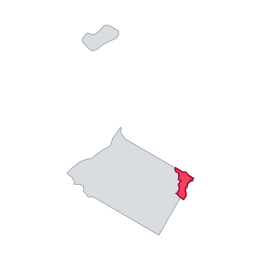 Ebebiyin, Kié-Ntem, Equatorial Guinea (highlighted), rotated 30°
{"feature_id": "11065452B6027875666302", "entity_name": "Ebebiyin", "entity_type": "district", "adm_level": 2, "iso_a3": "GNQ", "parent_name": "Equatorial Guinea", "parent_adm1": "Kié-Ntem", "projection": "albers", "projection_center": [11.284, 1.979], "detail": "fine", "context": "in_parent", "style": "filled", "palette": "rose", "viewbox_px": 256, "rotation_deg": 30, "n_neighbors": 0, "source": "geoboundaries", "source_scale": "gbopen_adm2", "svg_char_len": 3204}
<svg xmlns="http://www.w3.org/2000/svg" viewBox="0 0 256 256"><g transform="rotate(30 128 128)"><path d="M208.0,139.0L208.0,152.2L208.1,163.3L208.2,175.3L208.2,187.8L208.3,198.5L208.3,205.3L196.7,205.3L181.3,205.2L165.8,205.2L150.4,205.1L142.6,205.1L134.1,205.0L131.3,205.4L129.4,207.1L127.2,207.5L124.5,206.0L121.3,205.3L120.5,203.8L118.9,201.0L115.7,200.7L114.1,201.0L111.8,202.6L109.2,203.4L109.7,202.2L104.6,198.7L101.0,198.4L97.6,197.3L100.4,188.4L103.8,180.5L108.9,174.6L111.6,173.1L112.5,170.2L116.6,160.5L121.6,152.6L120.0,144.6L121.3,131.2L122.7,131.5L122.9,132.8L123.3,134.7L125.2,136.4L131.4,138.9L150.0,139.0L161.1,139.0L177.4,139.0L194.8,139.0L208.0,139.0ZM61.0,48.5L62.4,48.7L70.9,48.5L73.2,51.5L72.9,55.9L64.2,68.8L62.5,74.2L59.1,78.8L56.2,79.2L46.1,76.5L44.4,74.8L43.9,72.6L44.9,67.5L45.6,65.9L50.4,65.0L52.0,64.1L54.6,58.6L55.4,53.5L57.6,49.7L61.0,48.5Z" fill="#d9dde1" stroke="#a8b0b8" stroke-width="1"/><path d="M202.7,160.5L203.2,160.6L203.8,160.5L207.7,161.9L209.2,161.9L210.7,161.9L210.6,162.1L212.0,162.1L212.0,161.9L212.0,161.7L212.0,161.3L212.0,161.2L212.0,160.8L212.0,160.6L212.0,160.3L212.1,160.1L212.1,159.9L212.1,159.6L212.1,159.4L212.1,159.1L212.1,158.8L212.1,158.5L212.1,158.2L212.1,157.9L211.9,157.7L211.9,157.4L211.9,157.1L211.8,156.9L211.7,156.8L211.6,156.7L211.3,156.3L211.2,156.2L211.0,155.8L210.8,155.4L210.7,155.2L210.4,154.8L210.2,154.7L209.9,154.5L209.6,154.5L209.4,154.5L209.4,154.3L209.4,154.2L209.3,153.9L209.2,153.8L209.1,153.6L209.1,153.4L209.0,153.1L208.9,152.9L208.7,152.6L208.7,152.3L208.6,152.1L208.5,151.9L208.4,151.7L208.2,151.4L208.0,151.2L207.9,151.0L207.8,150.8L207.9,150.7L208.0,150.6L207.9,150.4L208.0,150.3L208.3,150.2L208.2,150.1L208.2,149.9L208.3,149.7L208.4,149.4L208.4,149.2L208.4,148.9L208.4,148.7L208.3,148.4L208.2,148.4L208.1,148.2L207.8,147.9L207.7,147.6L207.5,147.4L207.5,147.2L207.7,146.8L207.6,146.7L207.7,146.4L207.6,146.2L207.6,145.9L207.8,145.6L207.8,145.3L207.7,145.2L207.8,144.9L208.0,144.7L207.9,144.6L208.1,144.4L208.2,144.2L208.2,143.9L208.2,143.7L208.3,143.4L208.4,143.1L208.5,143.0L208.6,142.8L208.7,142.7L208.8,142.6L208.7,142.4L208.8,142.4L208.8,142.5L209.0,142.5L209.1,142.4L208.9,142.3L209.0,142.3L209.0,142.2L208.9,142.1L209.0,142.0L209.2,141.8L209.1,141.7L209.3,141.7L209.3,141.4L209.5,141.3L209.7,141.2L209.8,141.2L209.7,141.1L209.8,140.9L209.9,140.7L209.7,140.6L209.6,140.3L209.5,140.1L209.7,139.9L209.6,139.6L209.7,139.4L209.8,139.2L209.9,138.9L204.4,138.8L200.8,137.6L200.0,137.3L197.8,138.8L188.9,138.7L188.9,138.8L189.0,139.3L189.0,139.7L189.3,140.1L190.4,141.3L191.1,141.5L191.3,141.8L194.4,141.8L194.5,141.9L194.6,142.0L194.8,142.1L195.0,142.3L195.3,142.4L195.3,142.6L195.4,142.8L195.4,143.0L195.5,143.3L195.6,143.5L195.8,144.0L196.0,144.2L196.2,144.5L196.4,144.7L196.5,144.9L196.6,145.0L196.6,145.3L197.1,146.4L197.3,146.6L197.3,146.8L197.4,147.0L197.4,147.3L200.4,147.3L200.0,149.2L199.9,151.6L203.1,155.1L203.1,155.3L203.1,155.5L203.2,155.8L203.2,156.0L203.1,156.3L203.2,156.6L203.2,156.8L203.2,157.1L203.3,157.3L203.2,157.5L203.1,157.9L203.1,158.1L203.1,158.3L203.2,158.5L203.3,158.8L203.3,159.0L203.2,159.6L202.9,160.0L202.9,160.3L202.7,160.5Z" fill="#f43f5e" stroke="#9f1239" stroke-width="1.5"/></g></svg>